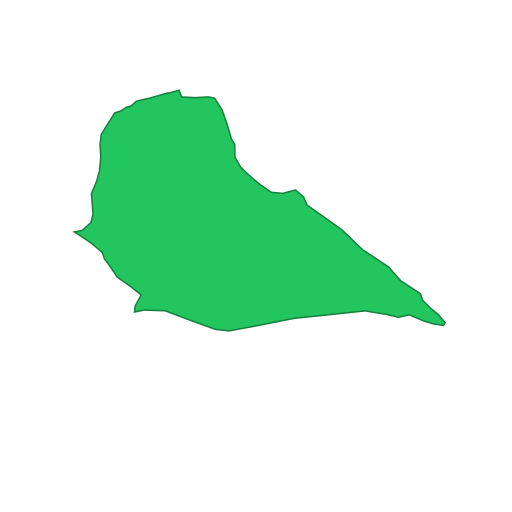 Rättvik, Dalarna, Sweden, rotated 122°
{"feature_id": "70781695B61189370844714", "entity_name": "Rättvik", "entity_type": "district", "adm_level": 2, "iso_a3": "SWE", "parent_name": "Sweden", "parent_adm1": "Dalarna", "projection": "albers", "projection_center": [15.284, 61.217], "detail": "fine", "context": "isolated", "style": "filled", "palette": "green", "viewbox_px": 512, "rotation_deg": 122, "n_neighbors": 0, "source": "geoboundaries", "source_scale": "gbopen_adm2", "svg_char_len": 1073}
<svg xmlns="http://www.w3.org/2000/svg" viewBox="0 0 512 512"><g transform="rotate(122 256 256)"><path d="M234.2,108.0L232.5,102.7L224.7,94.9L222.7,82.8L222.1,78.6L219.5,69.3L215.5,60.3L212.3,60.3L209.1,70.3L207.8,79.9L205.4,91.0L200.9,96.5L200.3,120.3L195.0,138.0L194.2,169.1L188.2,197.3L185.8,239.6L180.6,247.1L179.1,257.5L188.7,266.5L193.9,276.9L193.1,291.8L190.8,307.5L188.6,316.5L183.3,326.2L172.6,333.2L169.8,338.8L159.2,350.8L150.2,362.0L144.1,374.7L146.3,380.7L153.8,391.3L160.5,403.3L156.2,409.1L165.1,417.3L164.7,417.4L178.6,430.0L187.9,439.4L195.8,441.8L195.5,441.9L198.1,444.5L204.2,447.3L209.7,451.7L221.7,451.7L234.9,451.7L244.2,447.3L254.1,440.2L267.3,433.6L277.1,430.8L290.3,428.6L296.3,424.2L306.7,416.5L314.9,413.7L326.4,417.0L331.9,422.9L331.9,416.9L332.4,402.7L334.5,387.9L338.8,383.0L341.5,375.8L347.4,362.7L348.4,345.8L349.9,332.7L362.5,332.0L367.9,329.3L361.2,322.3L350.6,304.0L345.1,276.5L339.8,251.6L333.8,239.2L316.0,219.7L288.5,190.4L261.1,155.3L244.8,134.5L236.4,114.4L234.2,108.0Z" fill="#22c55e" stroke="#15803d" stroke-width="1.5"/></g></svg>